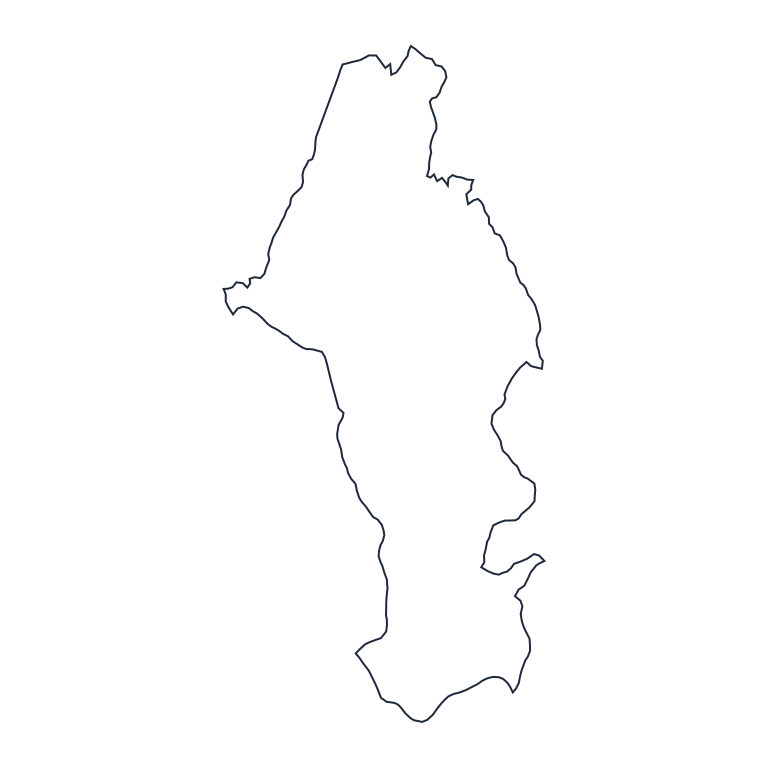 outline of Dois Córregos, São Paulo, Brazil
{"feature_id": "56859067B70309035872749", "entity_name": "Dois Córregos", "entity_type": "district", "adm_level": 2, "iso_a3": "BRA", "parent_name": "Brazil", "parent_adm1": "São Paulo", "projection": "natural_earth1", "projection_center": [-48.333, -22.403], "detail": "fine", "context": "isolated", "style": "outline", "palette": "slate", "viewbox_px": 768, "rotation_deg": 0, "n_neighbors": 0, "source": "geoboundaries", "source_scale": "gbopen_adm2", "svg_char_len": 3913}
<svg xmlns="http://www.w3.org/2000/svg" viewBox="0 0 768 768"><path d="M512.8,692.4L516.0,688.6L518.8,683.0L520.0,676.6L521.6,670.3L525.1,660.8L527.9,656.5L530.0,651.0L530.0,645.7L529.5,638.6L526.8,633.4L523.9,627.5L521.9,621.4L520.7,614.1L522.4,606.2L520.5,600.8L515.0,596.2L518.6,589.6L524.3,585.7L527.9,578.6L530.6,572.5L536.6,565.0L540.8,562.7L544.4,561.0L539.1,555.5L533.9,554.1L526.9,558.9L520.7,561.5L513.9,563.9L511.1,568.1L507.2,571.5L502.5,572.9L498.9,574.6L494.1,573.8L487.7,571.1L481.3,567.3L484.3,562.3L484.0,555.6L485.7,549.2L487.1,541.7L489.3,537.9L490.5,532.7L493.3,525.3L499.9,522.2L505.3,520.5L510.0,520.5L515.4,520.3L518.7,518.4L521.3,514.3L524.6,511.5L529.5,507.4L534.5,501.2L534.8,495.3L535.3,489.8L534.4,483.6L527.9,478.7L524.1,477.2L520.9,474.6L519.1,470.3L516.9,466.0L512.9,462.6L510.4,459.1L508.1,455.7L502.9,450.8L501.5,446.2L500.7,441.2L497.5,435.2L493.9,429.6L491.5,423.6L492.5,415.1L496.5,410.1L501.0,406.8L503.7,403.1L505.3,398.9L504.5,394.5L507.5,386.4L512.1,378.1L516.5,372.0L520.3,367.4L526.5,362.0L531.2,366.2L541.9,368.8L542.8,360.7L540.0,356.9L538.5,349.8L536.9,345.3L536.5,339.0L538.1,334.4L540.4,329.8L540.0,324.8L538.9,318.2L536.9,311.0L535.1,305.1L531.7,299.3L528.1,294.9L525.9,288.6L523.5,285.0L520.3,282.6L518.5,278.4L516.5,273.6L515.5,267.4L513.1,263.3L509.1,260.1L507.3,255.5L505.9,247.5L503.3,241.4L499.9,235.3L494.7,233.4L492.6,227.4L489.1,223.8L488.8,217.2L484.9,211.5L483.4,205.7L481.1,201.9L477.9,198.9L473.6,200.3L468.1,204.2L466.3,194.3L471.2,189.6L471.3,185.0L473.2,180.0L467.2,179.6L462.1,177.6L456.4,176.7L452.5,175.1L448.4,178.4L447.8,185.6L445.4,182.0L442.0,177.9L437.1,181.1L434.0,174.4L430.4,177.6L427.0,176.0L429.0,169.2L429.2,162.9L430.0,157.5L431.2,152.5L430.2,147.0L431.2,141.4L433.5,134.6L436.3,129.4L436.4,124.8L435.0,118.3L432.9,112.2L431.1,107.4L429.8,101.7L432.1,98.4L436.4,97.2L439.5,92.9L441.6,86.7L444.2,82.3L446.4,77.4L445.2,71.2L441.6,66.5L435.6,65.1L432.0,59.1L425.6,57.7L419.6,52.8L415.2,48.9L410.8,46.1L408.6,51.1L407.6,56.0L403.4,61.5L400.2,67.2L396.4,72.4L391.3,74.7L390.2,64.1L385.4,68.0L381.0,62.0L376.2,55.5L369.0,55.4L360.2,60.1L352.9,61.8L342.6,64.5L340.5,69.6L337.6,78.5L316.0,137.3L315.4,142.2L315.0,149.8L313.7,155.3L312.2,159.2L308.5,160.7L306.1,165.6L303.9,169.2L302.5,174.6L303.0,182.3L301.5,187.2L296.6,192.0L293.3,194.9L290.9,198.7L290.1,204.8L286.3,210.8L284.1,217.1L281.7,221.2L279.1,227.0L276.1,232.3L273.1,237.6L271.4,243.2L269.6,247.9L268.2,254.3L269.3,259.8L267.5,264.4L265.9,268.6L264.4,273.8L260.4,278.1L254.7,277.2L249.6,278.8L250.2,283.4L247.3,287.6L242.9,283.2L236.4,282.3L232.5,287.2L228.1,288.7L223.6,288.9L225.8,294.6L225.7,301.3L228.3,306.9L233.0,314.4L237.6,308.6L243.1,306.7L248.9,308.1L252.9,311.2L257.4,313.8L262.5,318.4L267.6,323.9L271.4,326.7L275.3,328.6L278.8,330.6L283.0,333.8L288.0,336.3L292.7,341.3L299.3,345.5L302.7,347.7L306.5,349.1L312.1,349.2L321.9,351.9L325.1,357.4L327.1,364.6L329.5,374.4L330.6,379.1L338.5,408.2L343.5,412.9L342.6,417.7L338.6,424.9L337.1,434.3L337.5,438.7L341.1,449.5L342.2,457.0L345.0,464.4L346.9,468.2L348.1,473.1L351.0,478.6L355.5,483.9L356.9,490.8L359.3,498.0L361.9,502.1L365.8,506.5L370.0,512.7L373.1,517.0L377.7,519.6L381.8,524.8L383.6,530.5L384.3,535.1L382.8,540.8L380.5,545.3L379.1,550.5L378.6,556.2L380.5,562.0L382.4,566.1L384.3,572.5L386.8,579.3L387.5,588.1L386.7,595.7L386.2,602.9L386.2,608.4L386.0,615.0L386.8,619.4L387.0,624.8L386.2,631.5L381.0,638.1L375.2,640.1L369.5,642.2L365.3,644.2L359.9,649.1L355.7,653.4L359.7,658.2L362.7,662.7L368.9,670.8L375.1,683.4L377.4,688.6L381.0,697.9L386.7,701.8L394.5,702.9L398.0,704.6L401.0,707.6L405.4,713.4L410.8,718.4L414.2,720.3L422.2,721.9L427.2,719.9L432.8,714.8L436.2,710.0L438.9,706.4L441.8,702.9L444.5,700.0L448.2,696.5L453.7,693.9L458.9,692.7L466.1,690.0L477.9,683.9L482.2,680.8L487.1,678.4L492.9,676.9L498.9,677.2L503.4,679.1L507.5,682.9L510.3,687.2L512.8,692.4Z" fill="none" stroke="#1e293b" stroke-width="2"/></svg>